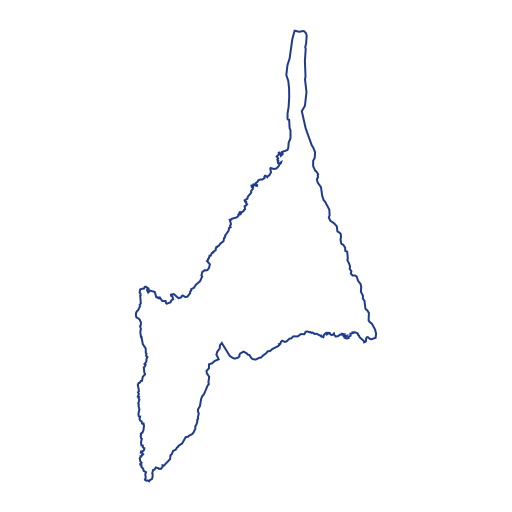 outline of Calçoene, Amapá, Brazil
{"feature_id": "56859067B29403659487824", "entity_name": "Calçoene", "entity_type": "district", "adm_level": 2, "iso_a3": "BRA", "parent_name": "Brazil", "parent_adm1": "Amapá", "projection": "orthographic", "projection_center": [-51.471, 2.615], "detail": "fine", "context": "isolated", "style": "outline", "palette": "blue", "viewbox_px": 512, "rotation_deg": 0, "n_neighbors": 0, "source": "geoboundaries", "source_scale": "gbopen_adm2", "svg_char_len": 6107}
<svg xmlns="http://www.w3.org/2000/svg" viewBox="0 0 512 512"><path d="M149.2,481.3L149.7,480.3L152.0,478.9L152.6,476.9L152.6,473.9L152.2,473.4L153.1,470.0L154.5,469.6L155.8,467.5L158.6,468.3L158.9,468.9L160.9,468.9L162.6,466.7L162.5,465.3L163.9,465.6L170.1,459.1L170.5,455.2L171.7,454.3L173.1,450.9L175.7,449.7L176.9,447.6L178.3,446.6L178.4,445.9L182.2,443.4L185.7,437.1L188.1,436.7L188.8,435.8L192.1,434.2L193.5,432.5L195.3,428.9L195.3,426.4L196.6,424.0L197.4,421.4L197.2,419.9L198.1,418.8L197.9,417.0L198.8,413.6L198.0,411.6L198.0,409.4L199.9,406.2L201.1,399.2L202.1,396.4L204.0,394.2L207.6,385.6L208.8,384.2L208.4,382.1L209.2,376.8L206.8,373.2L206.5,370.9L208.9,368.4L209.0,364.3L211.9,363.4L214.8,360.9L218.7,359.3L216.4,354.6L217.4,351.4L219.6,348.8L220.0,345.2L221.8,343.0L229.8,356.0L233.3,358.2L235.0,358.6L238.3,357.5L239.5,356.1L239.4,354.8L240.2,353.5L243.6,351.6L246.8,353.4L247.7,354.6L249.4,355.0L251.3,358.0L252.7,359.1L255.6,359.6L259.5,357.7L261.0,357.6L262.8,355.7L266.4,353.0L267.7,351.3L270.0,351.1L272.5,348.9L278.2,346.1L279.2,345.2L279.0,344.1L280.3,343.9L281.0,341.8L282.2,340.7L284.6,341.9L286.6,341.4L289.4,338.7L291.3,338.4L293.2,336.4L297.8,336.4L300.8,334.1L304.4,334.2L305.7,331.7L307.6,331.5L309.5,332.3L310.4,332.0L311.7,333.0L312.8,332.6L314.6,334.0L316.5,333.7L319.9,335.5L321.2,335.6L321.1,336.4L323.3,337.2L323.9,335.0L325.5,333.3L325.9,333.5L326.8,332.8L327.6,332.8L327.3,334.1L329.1,333.0L329.9,333.2L330.0,334.1L331.6,335.1L332.8,334.7L333.9,333.5L334.3,335.0L335.7,336.5L338.1,336.2L339.8,334.7L341.8,334.7L341.8,333.8L344.4,334.3L343.4,335.2L343.7,336.5L346.6,335.8L345.1,337.9L346.8,338.5L348.6,338.1L348.4,336.9L350.6,335.7L350.4,333.7L353.1,333.0L352.8,332.3L355.2,332.3L357.8,333.5L358.0,334.8L359.1,335.7L359.4,337.0L363.7,340.9L364.1,342.3L365.8,341.5L366.1,338.6L367.0,337.2L367.8,337.1L369.9,338.9L371.2,339.3L375.6,337.8L376.1,333.7L375.1,329.6L372.0,323.9L369.3,321.6L368.6,320.2L368.9,313.0L367.4,310.5L365.7,309.1L365.3,307.9L364.5,300.9L362.8,298.5L363.0,295.8L360.9,291.8L361.2,287.0L360.6,284.1L358.2,281.0L356.6,276.4L355.1,275.5L352.6,275.5L350.8,273.6L351.4,271.2L349.7,268.9L350.0,266.6L349.4,264.3L347.3,259.9L347.8,258.5L347.2,251.7L345.3,250.9L345.1,247.6L343.2,244.7L341.6,244.0L341.2,243.2L340.5,239.5L341.0,237.3L340.8,234.1L339.7,232.8L337.4,231.4L336.8,226.3L334.2,223.4L330.3,220.7L328.8,217.5L329.6,215.3L329.3,209.6L325.0,201.6L323.7,200.2L322.2,195.8L321.0,187.3L317.6,182.4L317.1,180.2L317.0,178.8L318.0,177.4L317.7,175.5L318.2,174.4L316.4,171.5L315.2,170.7L313.1,166.0L313.2,160.7L314.7,157.9L315.1,152.2L313.2,147.5L311.8,145.4L305.7,128.5L301.8,111.1L304.9,105.9L306.5,92.2L305.0,79.5L305.5,76.3L304.9,61.1L305.7,48.7L305.2,47.2L306.1,43.7L306.7,35.7L305.9,33.1L304.2,31.3L303.0,31.0L299.4,31.8L294.6,30.7L292.3,39.3L289.6,58.5L287.5,65.0L286.3,75.0L288.3,81.0L289.1,88.6L289.2,97.4L288.6,107.3L287.6,113.0L287.5,118.8L287.8,119.4L289.1,119.8L289.2,120.4L289.6,128.1L290.5,130.4L290.5,138.2L288.7,142.6L288.3,147.6L287.7,149.5L287.2,150.1L281.7,152.1L281.6,152.8L282.6,153.5L282.6,154.2L280.8,155.8L280.1,153.5L279.1,152.5L278.7,152.8L279.2,154.0L276.7,156.6L278.2,158.3L277.3,159.8L278.3,160.6L277.8,161.7L278.1,163.2L279.3,163.3L281.2,162.1L280.9,163.2L279.4,164.4L278.6,166.2L276.4,168.5L274.0,169.0L270.6,168.0L270.3,168.7L271.0,172.3L269.3,175.4L268.1,175.9L267.3,177.2L265.5,175.7L264.8,175.8L264.3,177.2L264.5,178.1L262.3,179.5L260.3,179.5L258.4,180.3L257.4,181.9L255.3,183.5L255.3,184.1L257.2,185.2L257.0,185.9L254.1,185.2L253.3,184.5L252.8,185.4L251.5,185.6L251.8,187.1L252.3,187.4L253.0,187.0L253.1,187.6L252.8,188.9L251.1,191.0L251.2,192.7L247.8,196.7L247.4,198.7L244.6,200.3L244.9,201.5L246.2,201.8L246.2,203.4L247.1,204.3L245.9,205.6L244.6,206.2L245.1,209.2L243.7,210.2L243.6,211.1L242.0,212.1L239.8,212.1L239.3,213.1L240.8,213.8L240.5,214.3L238.3,214.9L238.3,215.8L236.8,217.4L231.7,218.8L231.4,219.6L229.7,219.8L230.8,223.2L230.9,224.5L230.0,225.6L230.6,227.3L229.1,227.9L228.6,230.7L225.1,235.6L225.3,236.4L224.8,237.6L224.1,237.9L223.5,241.2L220.1,243.8L219.2,245.4L216.5,247.0L216.8,247.4L215.8,248.3L215.7,250.1L213.2,251.9L213.3,252.5L211.8,253.1L210.7,255.7L209.5,255.7L208.9,258.3L208.0,259.0L207.8,260.5L207.0,261.1L209.9,264.3L208.9,268.2L207.4,270.0L206.2,270.5L204.9,270.1L202.3,272.0L201.4,275.4L202.2,276.4L200.0,281.3L196.0,284.6L193.9,287.8L191.2,289.2L191.2,290.5L190.1,291.7L190.2,293.0L187.5,296.6L185.4,297.1L182.8,295.5L181.8,296.0L181.2,297.4L178.6,298.2L173.8,294.1L171.0,294.6L171.1,295.8L172.4,296.4L173.1,299.3L171.4,300.3L170.6,302.3L166.8,303.7L166.1,303.2L165.6,301.0L162.4,301.1L159.8,297.5L159.0,298.4L158.1,298.1L157.8,297.3L156.3,297.2L154.7,291.9L149.9,290.6L148.2,292.5L147.0,290.0L147.3,289.2L147.9,289.5L148.5,289.1L148.5,288.5L146.1,286.9L145.4,286.6L144.7,287.0L143.9,288.7L142.8,288.6L140.2,289.4L139.6,292.6L140.4,293.5L140.7,295.2L140.2,295.6L140.8,303.4L139.7,304.9L139.9,306.5L138.0,310.4L137.1,311.0L136.1,312.7L135.9,315.1L136.3,317.2L139.5,319.3L141.0,322.6L140.7,325.3L140.0,326.2L140.9,328.8L140.3,332.0L141.0,337.1L141.5,337.0L142.8,344.1L145.7,348.5L145.8,352.8L146.5,353.8L146.1,355.8L147.4,357.0L146.5,359.1L146.3,361.9L144.5,364.0L145.6,364.8L144.7,366.7L143.8,367.3L144.3,372.3L145.1,374.3L142.8,376.7L142.0,380.8L140.8,381.0L139.7,382.8L138.6,383.0L137.8,384.9L138.8,389.9L138.8,391.4L138.0,392.3L138.9,394.0L137.8,396.6L139.1,397.0L138.6,398.3L139.4,399.7L138.2,403.4L138.8,404.3L138.5,405.7L139.4,409.5L138.4,413.8L138.7,416.0L139.4,416.8L140.1,416.7L139.5,419.1L140.3,420.6L141.7,421.5L142.0,423.3L142.4,423.8L143.5,423.5L144.0,425.7L143.5,429.9L142.4,432.7L140.8,433.6L141.1,435.3L140.6,436.0L141.2,438.4L141.8,438.8L141.0,442.4L141.4,445.4L142.8,445.6L142.8,447.3L144.4,448.3L143.9,450.2L142.6,451.4L141.1,451.4L140.8,452.6L142.1,452.7L143.1,454.4L142.0,454.9L142.0,455.6L140.5,456.3L140.8,457.0L139.7,458.3L140.4,461.5L141.6,462.7L140.8,464.0L140.2,464.1L140.3,464.7L141.5,465.3L141.3,466.7L143.2,468.7L143.5,470.7L146.0,472.2L145.3,474.2L145.7,477.9L144.9,479.7L146.2,480.7L147.5,480.4L149.2,481.3Z" fill="none" stroke="#1e3a8a" stroke-width="2"/></svg>